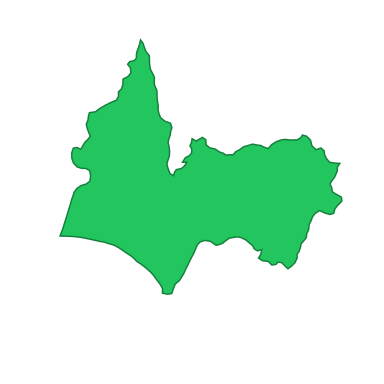 outline of Tijucas, Santa Catarina, Brazil, rotated 124°
{"feature_id": "56859067B7676071036487", "entity_name": "Tijucas", "entity_type": "district", "adm_level": 2, "iso_a3": "BRA", "parent_name": "Brazil", "parent_adm1": "Santa Catarina", "projection": "orthographic", "projection_center": [-48.711, -27.244], "detail": "fine", "context": "isolated", "style": "filled", "palette": "green", "viewbox_px": 384, "rotation_deg": 124, "n_neighbors": 0, "source": "geoboundaries", "source_scale": "gbopen_adm2", "svg_char_len": 2982}
<svg xmlns="http://www.w3.org/2000/svg" viewBox="0 0 384 384"><g transform="rotate(124 192 192)"><path d="M266.0,287.4L270.1,286.0L284.7,281.6L294.9,278.5L302.3,276.8L298.9,271.5L294.9,264.9L292.0,259.3L289.5,253.5L287.3,248.0L285.7,244.0L284.1,239.8L282.6,236.7L281.3,231.9L279.7,227.1L279.2,222.3L279.1,217.7L279.2,213.3L279.1,207.1L279.5,203.0L280.4,198.8L280.3,193.8L280.7,188.1L281.5,181.8L282.7,177.0L284.5,172.2L286.2,167.1L288.4,162.6L292.4,159.9L290.5,155.3L287.5,152.0L283.2,153.2L277.7,154.4L272.3,152.9L266.9,153.1L263.6,153.3L260.0,154.0L255.2,154.6L251.3,155.2L247.5,155.7L242.2,156.2L237.0,157.2L233.0,158.0L228.8,157.3L224.9,154.2L222.7,149.4L222.7,142.2L220.2,139.9L217.1,137.8L214.0,137.0L209.5,135.3L206.5,132.2L203.7,129.2L202.4,125.9L201.6,120.5L202.2,115.7L202.6,111.5L204.3,108.7L204.2,104.8L200.8,102.0L204.9,100.2L209.7,99.8L209.5,95.0L206.9,89.9L207.9,85.0L205.1,81.9L202.0,81.5L200.4,78.0L201.3,73.7L202.0,69.5L198.2,68.2L193.1,67.1L187.9,67.9L185.0,70.0L181.3,70.0L177.0,71.2L174.1,72.6L170.4,72.1L165.9,71.7L162.2,73.7L158.3,74.1L153.4,76.7L148.8,77.3L145.4,78.2L141.1,78.0L136.1,75.9L135.1,70.0L133.5,65.1L130.5,62.6L126.2,64.0L122.0,63.9L118.9,63.2L115.7,62.7L112.7,65.3L113.2,71.1L113.4,75.6L110.1,78.9L108.1,82.1L104.4,82.3L99.7,82.1L93.6,83.2L89.7,85.5L85.6,85.4L88.7,90.8L90.4,94.6L89.1,99.3L86.9,103.0L84.1,105.2L83.4,109.7L87.6,112.9L86.6,118.5L82.7,122.8L81.7,128.4L83.1,132.3L86.3,132.2L89.9,133.9L93.7,139.2L96.4,144.3L98.7,146.9L103.2,150.3L108.1,152.4L113.4,153.1L114.6,157.4L114.9,160.8L116.7,164.4L118.5,168.6L121.5,171.0L125.5,174.4L130.3,176.2L134.4,178.4L138.1,178.6L140.1,181.7L142.4,184.4L142.4,187.9L143.5,191.7L143.4,196.7L145.5,202.1L144.9,206.7L140.9,209.9L140.9,213.9L144.7,215.7L147.4,217.1L147.8,221.7L151.4,220.0L154.8,219.6L156.5,216.3L159.4,214.3L163.1,214.4L167.4,216.7L172.6,216.5L170.3,212.9L174.8,212.8L178.4,213.9L182.2,217.5L185.5,217.5L188.8,216.4L189.0,220.6L186.0,224.9L183.2,228.2L179.6,229.6L174.9,230.8L170.8,233.3L167.1,236.5L164.6,239.3L161.6,240.7L157.4,241.7L153.3,243.7L150.0,244.6L147.0,248.3L148.5,254.2L148.0,259.6L145.3,263.5L142.8,266.1L139.6,268.1L135.7,271.7L132.1,274.6L127.5,277.8L124.2,283.1L120.8,285.5L118.0,287.2L116.2,290.2L113.7,294.8L111.4,297.2L108.9,299.3L105.6,301.6L102.9,303.5L101.2,308.9L98.7,312.4L96.1,315.7L94.7,319.7L98.8,318.1L102.7,317.0L106.5,316.1L109.6,314.7L112.1,312.9L115.5,313.4L118.8,316.6L122.1,316.8L123.5,312.5L127.6,309.2L132.4,309.8L137.0,312.3L141.8,309.2L146.4,308.1L150.0,309.0L153.9,306.4L158.2,306.0L162.8,309.1L168.8,312.5L173.1,314.5L176.1,315.8L179.4,316.8L183.6,321.4L187.0,320.3L190.2,318.6L195.0,317.5L197.8,314.5L200.7,310.5L202.5,307.5L206.8,307.8L210.8,308.6L214.1,308.4L218.8,308.1L219.4,312.3L222.0,314.9L226.9,313.6L231.3,310.4L234.3,306.4L235.4,301.1L234.1,296.7L231.8,293.1L231.5,288.8L235.2,285.1L240.2,282.7L244.6,284.2L248.7,287.6L253.4,289.4L258.1,289.6L261.7,288.5L266.0,287.4Z" fill="#22c55e" stroke="#15803d" stroke-width="1.5"/></g></svg>